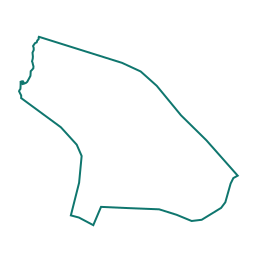 Sant Katrin, Janub Sina', Egypt (Equal Earth projection), rotated 176°
{"feature_id": "37247803B38427943153509", "entity_name": "Sant Katrin", "entity_type": "district", "adm_level": 2, "iso_a3": "EGY", "parent_name": "Egypt", "parent_adm1": "Janub Sina'", "projection": "equal_earth", "projection_center": [34.29, 28.647], "detail": "fine", "context": "isolated", "style": "outline", "palette": "teal", "viewbox_px": 256, "rotation_deg": 176, "n_neighbors": 0, "source": "geoboundaries", "source_scale": "gbopen_adm2", "svg_char_len": 954}
<svg xmlns="http://www.w3.org/2000/svg" viewBox="0 0 256 256"><g transform="rotate(176 128 128)"><path d="M21.9,72.8L50.7,110.3L74.2,136.9L96.4,168.1L111.4,183.5L129.4,193.4L135.3,195.7L210.5,225.2L210.8,224.7L210.9,223.1L211.0,222.8L212.4,221.6L213.1,219.8L214.9,219.1L217.0,216.4L216.5,214.6L216.6,212.4L218.0,209.8L217.9,205.9L218.2,203.8L219.1,201.1L218.7,200.1L218.4,197.9L218.0,196.1L218.3,194.1L219.7,192.7L221.1,191.4L221.4,188.8L221.7,186.8L223.3,184.2L224.4,182.5L225.3,181.1L226.5,180.2L228.2,179.6L230.1,179.2L230.7,180.3L229.8,180.8L229.1,181.1L229.5,181.9L230.5,182.0L231.9,181.6L232.0,180.0L232.2,177.6L232.6,174.5L233.6,173.3L234.1,172.3L233.5,170.7L232.3,167.9L232.4,166.0L232.5,165.3L194.9,133.4L180.3,114.9L176.2,103.3L180.6,76.8L191.1,44.8L183.2,42.1L169.4,33.5L160.4,51.2L131.7,47.9L102.6,44.7L85.5,38.0L71.0,30.8L60.9,31.3L40.7,41.8L36.1,47.1L29.5,65.4L26.4,70.7L21.9,72.8Z" fill="none" stroke="#0f766e" stroke-width="2"/></g></svg>